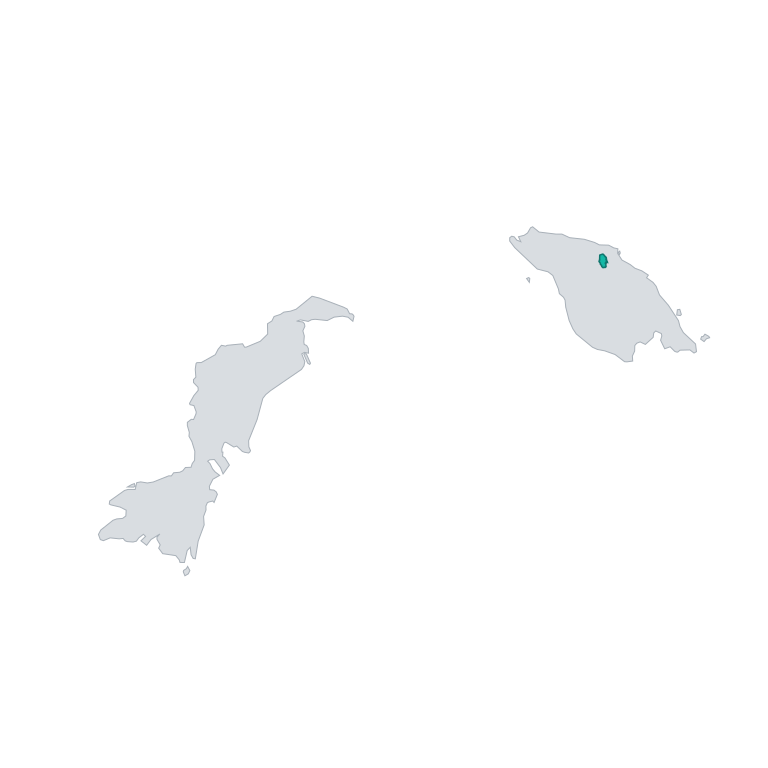 Ulu Langat, Selangor, Malaysia shown in context, rotated 159°
{"feature_id": "92858781B61799260862057", "entity_name": "Ulu Langat", "entity_type": "district", "adm_level": 2, "iso_a3": "MYS", "parent_name": "Malaysia", "parent_adm1": "Selangor", "projection": "albers", "projection_center": [101.834, 3.073], "detail": "fine", "context": "in_parent", "style": "filled", "palette": "teal", "viewbox_px": 768, "rotation_deg": 159, "n_neighbors": 0, "source": "geoboundaries", "source_scale": "gbopen_adm2", "svg_char_len": 5490}
<svg xmlns="http://www.w3.org/2000/svg" viewBox="0 0 768 768"><g transform="rotate(159 384 384)"><path d="M650.2,380.5L646.2,379.8L640.4,376.4L634.6,375.2L617.9,375.4L615.4,374.4L612.2,376.5L606.3,374.8L603.0,375.1L599.3,377.2L594.0,375.4L591.5,378.5L588.2,380.6L584.7,389.0L584.0,399.0L584.8,405.1L583.1,408.6L582.5,415.6L581.3,418.7L576.6,420.1L574.5,419.1L570.3,423.4L569.3,425.2L569.2,432.0L572.5,434.2L572.5,435.6L565.7,441.3L559.7,444.7L558.8,447.6L561.3,453.6L560.3,456.4L557.2,457.8L554.9,465.5L552.1,470.5L551.0,471.0L546.9,469.5L531.0,471.8L526.4,475.9L521.9,478.4L518.3,476.1L516.5,476.3L501.6,472.2L501.0,468.4L499.5,467.8L484.2,468.2L474.7,472.3L471.2,482.0L466.1,483.0L462.4,486.4L455.8,486.1L451.7,487.0L445.3,485.5L439.2,485.3L419.7,491.7L413.4,487.3L394.2,470.2L391.5,467.2L390.9,461.9L388.7,460.9L388.0,459.6L387.7,458.0L390.6,453.7L393.6,459.2L398.4,462.2L406.6,464.3L414.3,463.6L425.1,469.1L428.6,470.0L432.3,469.6L439.0,473.8L443.1,474.0L437.6,471.0L436.7,468.7L437.2,466.2L440.7,462.7L441.2,457.4L443.8,452.0L444.3,449.5L442.4,447.7L441.9,444.4L443.4,439.8L447.0,442.1L450.0,441.6L449.9,433.3L452.2,429.7L455.8,427.2L492.2,418.5L498.2,416.5L502.3,414.0L515.2,396.3L530.7,379.6L532.7,373.8L532.5,369.7L533.5,368.7L535.1,368.1L538.6,370.2L540.4,371.8L543.7,378.8L546.8,379.0L552.0,385.8L553.2,386.6L554.7,386.1L558.6,381.7L559.7,378.5L558.8,378.1L560.6,374.4L559.0,372.1L557.4,363.7L566.5,357.7L566.6,364.5L569.4,374.3L573.9,375.7L576.3,375.1L575.0,372.1L574.5,366.3L573.2,362.5L570.2,357.6L577.9,356.4L583.7,351.1L584.6,347.8L580.8,345.9L579.3,343.4L579.1,340.7L585.1,334.3L585.8,336.1L589.6,336.6L591.4,336.5L594.0,333.9L595.3,330.2L599.9,325.0L602.4,316.9L613.8,303.9L622.8,288.4L624.7,289.6L625.3,293.7L623.4,301.0L627.4,299.1L634.3,288.9L638.4,290.5L638.2,293.3L639.9,298.4L651.4,304.9L653.2,311.5L650.6,314.0L651.6,320.4L650.8,322.4L647.0,324.3L657.3,322.3L663.4,318.5L667.1,324.7L661.2,327.2L662.5,329.9L668.1,328.2L671.5,326.0L674.9,326.4L680.2,328.9L681.8,330.3L682.9,333.3L686.8,334.4L694.8,338.5L702.1,338.3L704.6,340.4L704.5,345.9L700.7,349.2L685.8,353.9L681.8,353.8L676.2,352.2L672.3,353.3L669.9,358.6L674.5,363.7L682.4,369.1L683.5,370.4L682.0,373.1L664.4,377.6L660.7,377.3L654.1,374.7L650.2,380.5ZM78.8,309.7L80.7,302.2L83.5,301.8L86.2,306.2L95.5,309.5L98.3,308.5L99.6,309.1L100.9,310.3L103.5,316.2L109.3,316.3L110.1,325.7L107.4,329.3L107.0,331.7L111.3,336.1L113.8,335.1L116.0,331.1L125.8,327.3L129.8,331.5L133.4,331.5L136.1,330.0L138.2,324.9L142.1,321.1L143.6,316.3L149.2,317.6L151.4,318.6L157.7,328.7L166.1,335.9L172.4,339.8L176.2,343.6L186.6,361.9L187.9,367.8L188.4,376.9L186.8,390.6L184.9,397.4L185.3,400.6L187.9,405.5L187.1,410.2L187.5,424.8L190.7,430.0L199.7,436.4L213.1,464.5L215.4,472.4L214.2,475.5L211.8,476.2L209.7,474.7L208.5,470.8L205.3,467.8L205.7,473.3L199.9,472.6L195.9,473.5L191.2,477.3L188.9,477.5L184.8,470.3L169.7,462.3L164.2,460.2L158.3,454.1L145.1,447.3L136.7,440.7L133.1,436.7L124.5,433.1L120.8,428.8L117.2,426.4L119.1,422.3L117.4,414.4L111.3,407.2L108.3,402.2L102.7,397.2L98.2,390.9L100.8,389.1L96.4,382.4L94.9,377.6L94.9,368.4L90.3,355.6L86.4,337.7L87.1,331.5L86.1,324.7L78.8,309.7ZM634.7,282.4L632.7,284.1L632.1,279.4L634.7,276.9L638.6,276.3L638.7,280.6L637.8,281.8L634.7,282.4ZM70.0,308.9L72.3,312.4L70.5,314.4L69.1,313.9L66.5,315.5L63.7,312.1L63.4,310.5L66.7,310.7L70.0,308.9ZM448.2,440.5L447.2,440.9L445.7,439.8L445.2,429.8L446.3,428.9L447.8,430.8L448.2,440.5ZM86.0,343.5L83.5,348.2L81.1,347.7L81.5,342.3L82.9,341.7L86.0,343.5ZM660.4,379.8L655.8,380.5L652.7,380.5L653.1,377.8L654.6,377.4L660.4,379.8ZM213.1,431.4L210.7,431.5L210.1,430.2L211.9,426.8L213.1,431.4ZM118.0,423.0L116.3,423.6L116.5,421.6L117.7,420.5L118.0,423.0Z" fill="#d9dde1" stroke="#a8b0b8" stroke-width="1"/><path d="M135.5,413.6L135.4,413.7L135.2,413.7L135.2,413.8L135.1,414.0L134.9,414.1L134.7,414.2L134.8,414.3L134.7,414.4L134.7,414.5L134.5,414.8L134.4,415.0L134.3,415.3L134.2,415.4L134.2,415.5L134.2,415.8L134.1,416.0L133.9,416.4L133.9,416.5L133.9,416.8L133.9,417.0L134.0,417.1L134.1,417.3L134.1,417.5L133.9,417.7L133.3,417.4L133.1,417.8L132.9,417.7L132.7,417.6L132.6,417.4L132.4,417.4L132.2,417.4L132.1,417.5L131.9,417.8L131.8,417.7L131.8,417.9L131.7,418.0L131.7,418.3L131.8,418.5L131.7,418.8L131.8,419.0L132.0,418.9L132.3,419.0L132.2,419.1L132.2,419.3L132.2,419.5L131.9,419.8L131.9,420.0L132.0,420.1L132.1,420.3L132.1,420.9L131.5,420.9L131.5,421.4L131.5,421.5L131.4,421.6L131.4,421.8L131.3,422.0L131.2,422.2L131.2,422.3L131.3,422.6L131.5,422.7L131.6,422.8L131.7,423.0L131.8,423.1L131.8,423.3L131.6,423.4L131.5,423.5L131.6,423.8L132.0,424.0L132.2,424.4L132.2,424.6L132.2,424.8L132.3,425.0L132.3,425.4L132.3,425.5L132.6,425.8L132.7,426.0L132.8,426.3L132.8,426.5L133.0,426.6L133.3,426.7L133.4,426.9L134.7,427.0L134.9,427.0L136.4,427.0L137.8,423.7L137.9,423.4L138.0,423.3L138.0,423.2L138.0,422.8L138.2,422.7L138.3,422.7L138.4,422.4L138.4,422.2L138.6,422.1L138.8,421.8L139.1,421.8L139.3,421.6L139.2,421.3L139.1,421.2L139.2,420.8L139.1,420.7L139.0,420.4L139.1,420.2L138.9,420.0L138.9,419.8L138.9,419.6L138.7,419.2L138.8,419.0L138.9,418.9L139.0,418.7L139.1,418.4L139.1,418.2L138.9,417.9L138.9,417.7L138.8,417.4L138.7,417.3L138.6,417.2L138.5,416.9L138.4,416.6L138.5,416.5L138.6,416.3L138.6,416.2L138.6,415.9L138.6,415.6L138.5,415.3L138.4,415.1L138.2,414.8L138.1,414.7L138.1,414.4L137.9,414.2L137.5,414.1L137.3,414.0L137.0,413.9L136.8,414.1L136.5,414.1L136.3,413.9L136.2,413.8L135.6,413.7L135.5,413.6Z" fill="#14b8a6" stroke="#0f766e" stroke-width="1.5"/></g></svg>